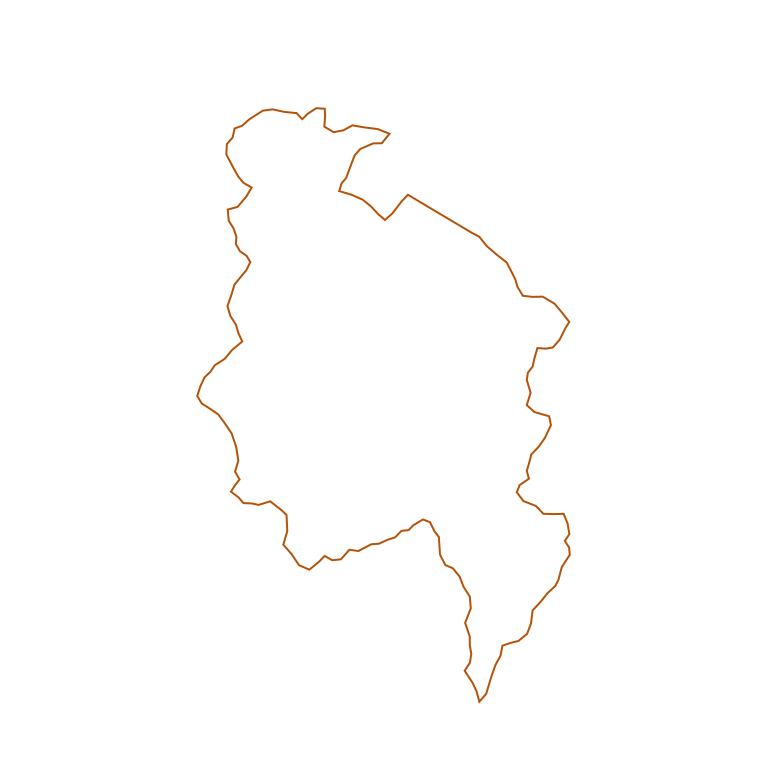 the district of Pereiras, São Paulo, Brazil, rotated 311°
{"feature_id": "56859067B86538174057776", "entity_name": "Pereiras", "entity_type": "district", "adm_level": 2, "iso_a3": "BRA", "parent_name": "Brazil", "parent_adm1": "São Paulo", "projection": "mercator", "projection_center": [-47.981, -23.122], "detail": "fine", "context": "isolated", "style": "outline", "palette": "amber", "viewbox_px": 768, "rotation_deg": 311, "n_neighbors": 0, "source": "geoboundaries", "source_scale": "gbopen_adm2", "svg_char_len": 2386}
<svg xmlns="http://www.w3.org/2000/svg" viewBox="0 0 768 768"><g transform="rotate(311 384 384)"><path d="M552.4,483.1L554.6,471.8L556.5,460.0L554.0,446.4L547.4,439.2L541.7,431.0L544.8,421.1L549.1,414.5L552.4,406.5L556.2,396.9L555.5,382.8L555.5,371.0L557.6,359.4L555.5,350.0L542.5,277.9L533.5,277.5L518.3,278.4L508.4,277.1L508.4,268.2L509.5,257.8L509.1,246.9L505.5,235.2L500.2,223.6L507.7,220.3L514.6,220.3L527.3,215.5L537.3,211.9L545.8,211.9L558.5,218.0L564.3,224.4L576.5,224.0L572.2,211.9L564.7,200.7L558.5,190.5L548.8,186.9L541.0,180.8L539.1,170.1L547.7,163.7L552.9,158.7L547.7,151.9L537.7,149.1L530.2,148.6L531.1,140.3L524.0,130.3L518.1,119.6L510.7,113.2L495.8,108.8L485.9,107.5L478.8,103.6L470.8,108.0L462.0,108.0L453.8,114.4L448.0,129.3L445.0,137.8L443.6,146.0L445.4,155.2L435.3,157.1L421.6,157.3L413.1,151.6L405.3,159.9L402.7,168.4L398.2,176.1L392.4,180.5L389.7,188.2L390.6,196.2L388.3,203.1L379.7,205.4L361.0,205.9L351.3,210.3L340.2,214.7L334.6,223.2L331.7,233.2L326.8,240.9L323.1,249.1L309.7,247.0L298.6,247.3L287.2,244.0L279.1,245.0L271.3,244.2L261.9,246.9L252.4,250.9L249.7,259.4L251.2,269.1L252.3,278.9L250.1,288.8L246.8,301.3L239.4,313.9L230.5,324.4L220.1,329.1L217.2,337.6L209.8,338.0L202.3,339.1L203.0,348.4L201.9,356.1L207.1,362.5L210.5,368.7L220.8,375.1L221.5,388.8L221.2,396.4L209.4,407.6L196.7,413.4L194.9,426.1L191.5,438.7L194.9,449.5L207.5,451.6L215.3,452.0L217.0,460.5L223.4,466.5L236.1,466.6L241.1,474.2L254.6,479.5L260.2,485.0L268.6,488.8L275.6,493.0L284.6,493.5L289.8,498.4L296.7,498.8L307.3,502.3L309.9,509.3L306.0,518.6L304.5,525.8L292.0,538.2L287.6,549.1L290.1,556.8L288.2,567.6L283.2,576.9L279.8,588.3L271.6,596.7L256.9,602.0L249.7,614.4L243.2,620.1L237.5,627.0L230.0,631.7L220.5,633.0L216.7,646.6L213.0,655.1L206.8,664.4L217.2,664.4L234.2,656.7L245.3,652.4L255.3,650.2L264.2,645.1L272.0,649.6L278.2,654.0L289.4,655.9L299.8,652.0L310.6,644.7L322.0,645.1L333.4,644.6L343.9,645.8L350.9,644.0L362.4,638.3L376.9,636.3L382.1,630.9L384.2,623.4L392.3,622.4L399.1,614.1L403.9,604.8L396.5,596.7L390.6,589.4L391.6,578.6L387.1,566.0L389.4,555.2L396.8,552.7L407.6,555.5L412.1,548.8L420.9,544.7L427.5,541.4L438.1,541.9L448.8,540.8L462.5,537.0L468.0,529.8L461.6,516.1L461.7,505.6L473.6,500.4L480.7,489.1L486.9,485.2L494.7,484.7L501.7,480.9L511.7,476.2L516.9,483.0L522.4,487.5L532.5,487.5L545.5,484.2L552.4,483.1Z" fill="none" stroke="#b45309" stroke-width="2"/></g></svg>